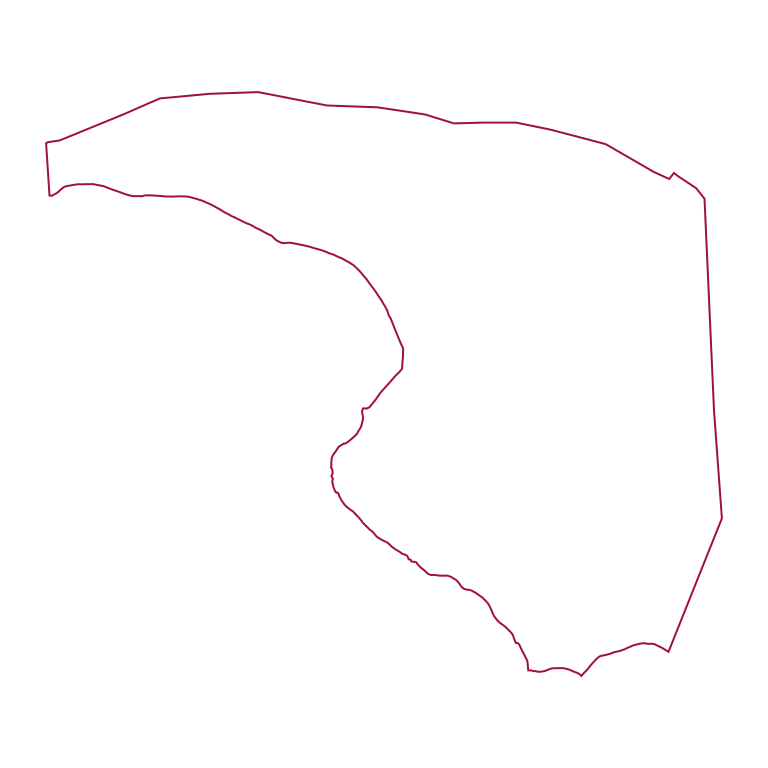 outline of Village, Laborie, Saint Lucia
{"feature_id": "8701671B19884465022303", "entity_name": "Village", "entity_type": "district", "adm_level": 2, "iso_a3": "LCA", "parent_name": "Saint Lucia", "parent_adm1": "Laborie", "projection": "robinson", "projection_center": [-60.996, 13.749], "detail": "fine", "context": "isolated", "style": "outline", "palette": "rose", "viewbox_px": 768, "rotation_deg": 0, "n_neighbors": 0, "source": "geoboundaries", "source_scale": "gbopen_adm2", "svg_char_len": 4862}
<svg xmlns="http://www.w3.org/2000/svg" viewBox="0 0 768 768"><path d="M46.1,143.2L49.5,195.6L50.7,195.8L52.0,195.7L53.9,194.6L54.6,194.3L56.5,193.2L58.2,192.0L60.3,190.0L62.8,187.9L64.4,186.8L66.6,186.1L69.0,185.7L72.4,185.1L75.4,184.6L78.7,184.2L80.8,184.3L82.4,184.4L85.1,184.2L89.9,184.2L92.9,184.1L98.0,185.1L101.8,185.8L103.0,186.0L106.6,187.3L110.2,188.8L118.0,191.5L121.8,192.9L124.8,194.0L128.1,195.0L132.4,196.1L135.4,196.2L138.4,196.1L142.6,196.2L144.4,195.5L146.2,195.3L150.4,195.3L153.3,195.5L160.7,196.0L164.4,196.4L166.6,196.5L172.6,196.6L180.3,196.3L185.6,196.5L188.4,196.7L190.9,197.4L194.9,198.4L198.7,199.6L200.4,200.1L202.0,200.6L205.9,202.3L207.0,202.8L209.8,204.0L213.1,205.6L216.1,207.3L220.6,209.8L222.3,210.9L225.1,212.6L228.5,214.3L232.4,216.5L234.3,217.2L237.3,218.8L240.9,220.5L243.3,221.8L247.6,223.7L249.4,224.3L251.3,225.2L252.5,225.8L254.1,226.8L255.2,227.5L256.9,228.3L259.9,229.7L264.6,232.3L267.5,233.8L269.7,234.9L270.7,235.2L272.1,236.2L273.3,237.5L275.9,239.9L278.0,241.2L279.9,242.1L281.5,242.8L284.1,243.2L285.8,243.0L288.6,242.7L291.2,242.9L293.6,243.3L300.0,244.6L305.6,245.7L309.5,246.7L315.7,248.6L318.4,249.3L324.0,251.0L327.1,252.3L329.1,253.3L330.6,253.7L333.9,254.8L337.9,256.8L340.3,257.8L341.2,258.0L344.9,260.1L348.6,262.1L352.1,264.3L354.0,265.6L359.5,270.9L364.2,276.5L365.6,278.1L367.5,280.5L370.1,284.3L374.5,290.0L376.2,292.5L377.4,294.4L380.1,298.4L381.9,300.9L382.0,301.5L382.9,302.9L385.1,306.5L386.4,308.9L387.6,311.6L388.7,315.3L390.7,318.5L396.2,332.3L400.6,343.0L403.2,348.6L402.9,357.7L402.5,361.2L402.2,366.6L402.2,368.6L399.1,372.3L396.0,375.2L389.4,382.8L386.9,385.5L380.7,392.4L375.2,400.2L369.6,407.1L366.8,408.6L363.9,408.3L362.9,408.5L362.0,411.5L362.9,416.2L363.1,417.9L362.4,421.8L360.9,427.2L358.6,430.7L356.9,433.9L354.0,436.8L352.0,438.5L348.9,441.2L346.7,442.7L344.9,443.7L343.6,443.7L338.7,446.8L335.6,451.5L333.2,454.7L331.8,457.7L331.6,459.9L331.2,462.4L331.4,465.4L331.2,466.3L331.1,467.9L332.1,469.0L332.5,470.7L332.5,472.3L332.6,473.4L332.2,474.5L331.8,475.2L331.5,475.9L331.6,476.7L332.3,477.9L333.0,478.7L332.4,480.7L332.2,482.1L332.6,483.2L332.9,484.6L333.3,486.4L333.5,487.3L334.4,489.5L335.3,491.3L335.6,492.0L336.6,492.7L337.5,492.6L338.1,493.1L339.0,495.2L339.2,495.8L341.2,499.9L341.7,500.6L344.3,504.4L347.3,507.4L348.6,508.3L349.2,508.8L351.4,510.4L353.2,511.6L354.7,513.2L356.2,514.9L358.1,516.8L359.3,518.2L361.4,520.7L362.4,522.1L363.1,523.0L364.9,524.9L365.9,525.8L367.0,526.8L368.3,528.2L368.9,528.8L369.7,529.6L370.6,530.3L372.2,531.4L373.5,532.8L374.5,534.0L376.2,536.1L376.8,536.7L377.8,537.4L379.7,538.5L380.6,539.1L381.8,539.9L383.1,540.5L386.2,542.0L386.8,542.3L388.4,543.4L388.9,543.9L389.6,544.6L390.7,545.6L392.0,546.8L393.1,547.6L394.3,548.5L395.4,549.3L396.8,550.1L399.2,551.6L399.9,552.0L401.0,552.9L401.5,553.2L402.0,553.5L403.0,554.0L403.9,554.4L405.6,554.8L407.1,555.9L407.5,556.3L408.7,559.3L409.6,559.4L410.4,559.6L410.8,560.0L411.1,561.2L412.6,561.7L415.3,562.0L416.5,562.4L417.0,563.4L418.4,565.2L421.1,567.8L424.6,570.6L425.6,571.5L426.1,572.2L428.4,574.0L431.1,575.0L434.7,575.0L440.1,575.7L446.7,575.6L448.1,575.9L450.7,576.7L454.2,578.9L455.7,579.6L457.9,581.7L460.0,584.5L461.0,586.3L461.8,587.1L464.0,588.8L467.0,589.8L468.6,589.7L470.6,590.2L472.1,590.9L474.0,591.9L475.8,592.9L482.3,597.5L485.0,600.2L487.4,602.6L488.9,604.9L491.1,609.3L492.8,613.5L494.1,616.1L495.7,618.3L497.5,620.6L500.1,623.0L505.3,626.7L506.7,628.3L508.2,629.7L510.4,631.8L512.0,633.7L513.1,635.6L514.0,638.6L515.0,640.9L515.7,642.8L517.6,643.0L519.2,644.5L521.1,648.6L525.6,657.4L527.3,660.7L527.7,664.1L528.1,668.8L528.3,670.4L529.4,670.4L530.0,670.4L530.8,670.4L532.1,670.7L533.4,671.1L535.7,671.1L537.3,671.7L538.2,671.7L540.4,671.8L541.1,671.6L542.0,671.4L543.4,671.3L544.0,671.3L547.1,670.1L550.9,668.6L553.9,668.2L557.2,668.2L560.5,668.1L562.0,668.1L563.7,668.2L566.6,668.9L567.5,669.1L570.3,670.1L575.0,672.1L576.0,672.4L577.8,673.2L579.1,673.9L579.8,674.4L580.4,674.9L581.4,675.9L584.1,672.8L585.7,671.2L587.7,669.1L589.3,667.0L589.9,666.2L592.5,663.2L596.2,659.2L599.2,656.6L601.6,655.7L602.2,655.6L604.2,655.3L607.1,654.6L610.4,653.7L612.4,652.9L613.9,652.3L620.4,650.8L623.3,649.7L624.6,649.3L625.7,648.7L628.3,647.5L633.3,645.4L634.4,645.1L635.1,644.9L638.7,644.0L639.2,643.8L643.3,643.2L648.7,643.9L649.9,643.8L650.9,643.7L652.5,643.9L654.2,644.1L655.1,644.5L658.5,646.1L660.5,647.1L662.6,648.2L665.7,650.1L668.5,651.8L709.7,548.8L721.9,518.4L714.0,410.2L704.5,198.7L696.4,188.4L688.2,182.9L678.2,176.3L676.1,174.6L673.9,173.0L669.2,179.0L653.5,171.8L612.7,148.2L605.6,144.1L550.7,129.7L516.2,122.6L483.2,122.6L468.9,123.0L453.9,123.4L425.2,114.5L377.3,107.3L349.1,106.3L327.1,105.5L302.8,100.8L258.1,92.1L212.6,93.7L208.6,93.9L160.0,98.4L148.4,103.4L123.1,114.5L59.5,140.5L47.8,142.2L46.1,143.2Z" fill="none" stroke="#9f1239" stroke-width="2"/></svg>